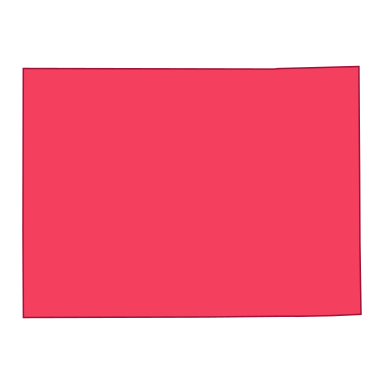 outline of Boone, Indiana, United States of America
{"feature_id": "52423323B87712405938690", "entity_name": "Boone", "entity_type": "district", "adm_level": 2, "iso_a3": "USA", "parent_name": "United States of America", "parent_adm1": "Indiana", "projection": "equal_earth", "projection_center": [-86.376, 40.052], "detail": "fine", "context": "isolated", "style": "filled", "palette": "rose", "viewbox_px": 384, "rotation_deg": 0, "n_neighbors": 0, "source": "geoboundaries", "source_scale": "gbopen_adm2", "svg_char_len": 328}
<svg xmlns="http://www.w3.org/2000/svg" viewBox="0 0 384 384"><path d="M296.8,316.3L332.3,315.6L361.0,314.3L359.9,243.5L359.6,173.4L359.4,145.2L358.9,66.5L302.5,68.0L277.9,68.6L274.4,69.1L23.3,68.5L23.0,232.0L23.4,317.5L205.2,317.0L275.3,316.3L293.0,316.2L296.8,316.3Z" fill="#f43f5e" stroke="#9f1239" stroke-width="1.5"/></svg>